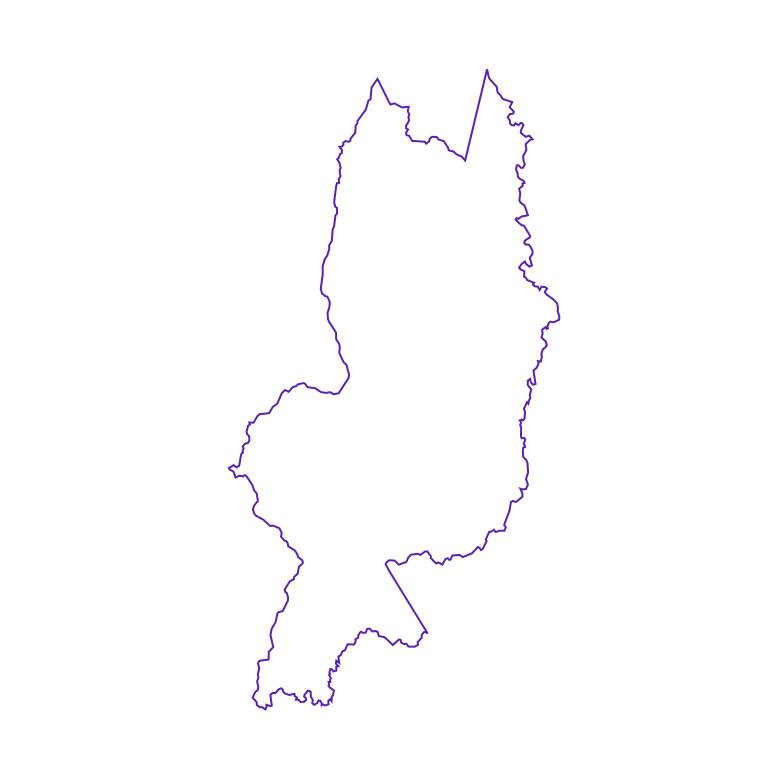 the district of Porangatu, Goiás, Brazil, rotated 346°
{"feature_id": "56859067B80111978571886", "entity_name": "Porangatu", "entity_type": "district", "adm_level": 2, "iso_a3": "BRA", "parent_name": "Brazil", "parent_adm1": "Goiás", "projection": "equal_earth", "projection_center": [-49.251, -13.28], "detail": "fine", "context": "isolated", "style": "outline", "palette": "violet", "viewbox_px": 768, "rotation_deg": 346, "n_neighbors": 0, "source": "geoboundaries", "source_scale": "gbopen_adm2", "svg_char_len": 6164}
<svg xmlns="http://www.w3.org/2000/svg" viewBox="0 0 768 768"><g transform="rotate(346 384 384)"><path d="M351.1,369.5L337.8,382.0L332.7,381.8L329.7,378.9L325.6,378.6L321.0,376.7L316.0,371.3L309.0,368.6L307.3,364.4L305.9,363.6L300.3,363.5L298.6,364.7L294.6,365.0L289.6,368.5L286.5,365.9L282.6,368.2L275.8,377.2L270.5,379.4L265.5,384.5L255.9,383.2L253.3,384.6L248.1,390.0L244.0,388.8L244.1,390.9L242.1,391.6L239.2,396.7L239.0,399.3L240.5,402.0L239.8,406.1L237.8,408.3L234.9,408.3L231.9,410.1L232.2,412.6L230.7,414.4L230.5,416.5L229.0,417.0L227.9,418.7L223.7,428.3L220.8,429.2L218.5,426.4L213.1,428.0L213.9,430.0L216.8,432.6L217.4,438.8L221.7,438.0L224.8,439.6L226.3,438.8L227.7,439.3L228.7,441.2L231.8,450.3L232.3,455.8L234.0,459.5L233.3,467.1L228.7,470.4L226.6,473.7L226.5,477.8L227.8,480.7L234.0,486.4L239.2,494.2L242.4,494.7L247.6,498.7L248.7,503.4L247.2,507.3L249.4,511.8L251.2,512.8L252.0,515.6L251.8,518.3L257.3,524.0L258.7,528.4L258.7,531.0L262.1,535.4L262.2,537.2L261.4,538.6L257.4,540.5L254.3,547.2L250.0,549.5L249.4,551.5L244.8,552.8L237.8,559.4L238.0,561.9L239.1,563.3L239.3,568.1L238.3,571.0L230.8,579.8L226.6,579.9L225.0,580.9L221.3,588.7L215.6,594.6L213.1,600.2L212.9,612.5L207.4,616.0L205.4,623.5L196.2,622.4L194.2,624.2L194.2,629.7L191.5,634.8L191.1,638.4L188.9,642.1L188.8,647.4L187.6,650.4L184.8,651.5L180.7,656.4L183.5,662.1L182.9,664.7L185.3,667.6L187.7,668.1L190.0,671.0L191.7,669.4L192.3,666.8L195.6,669.0L197.3,669.0L198.4,659.1L199.2,657.7L201.4,656.9L203.9,657.6L208.0,654.8L210.7,654.4L211.8,655.9L211.8,658.4L212.9,660.2L216.8,662.8L222.1,662.9L221.9,665.2L223.7,667.3L222.2,669.0L224.7,669.7L226.0,672.2L229.5,673.1L232.0,671.8L232.2,669.7L230.9,668.1L231.6,666.5L235.9,663.1L238.4,664.6L237.4,669.9L238.5,673.5L237.1,676.4L238.7,678.4L242.2,677.4L243.9,675.2L245.4,675.9L246.3,678.1L245.8,680.7L247.5,680.2L248.9,681.6L252.7,681.4L253.3,677.9L255.6,676.8L256.4,678.9L257.7,674.7L259.0,673.9L261.3,669.4L257.7,665.0L257.2,663.1L258.2,661.9L258.2,659.7L259.7,660.1L260.1,657.9L261.3,656.6L260.3,652.9L261.6,652.3L261.3,650.6L263.0,647.6L264.5,648.2L265.2,650.6L268.5,650.5L269.2,646.9L271.4,646.8L269.7,643.7L270.8,640.9L273.1,643.7L273.8,637.4L276.2,636.8L279.3,633.1L281.6,633.0L285.7,627.8L292.0,629.5L294.2,627.1L294.5,624.8L297.5,623.9L298.3,621.7L300.5,619.4L301.7,618.7L303.4,620.4L306.2,620.8L308.4,617.5L310.9,617.9L312.8,621.3L316.4,621.7L317.8,623.1L318.0,627.3L323.3,629.8L329.5,639.4L336.7,635.5L338.2,636.3L338.2,639.2L341.0,641.5L342.9,641.4L344.2,644.7L350.1,646.3L353.8,645.4L354.3,642.5L359.0,639.5L360.1,636.3L362.9,634.4L364.4,634.8L366.0,636.7L343.8,566.5L342.0,559.1L344.1,557.1L346.4,556.3L351.6,557.9L354.7,562.9L362.7,562.0L365.2,558.7L368.6,556.2L375.4,556.8L378.0,558.7L383.1,556.5L385.6,557.0L387.7,562.3L387.4,564.3L390.2,569.4L391.5,570.9L393.5,570.2L396.8,573.3L401.5,568.6L403.6,568.5L404.9,570.6L406.4,570.2L408.8,566.9L415.9,568.2L418.6,571.0L428.4,569.6L435.7,564.9L437.2,566.3L437.8,568.5L439.6,568.2L445.6,561.3L445.1,559.5L450.3,552.9L452.2,553.2L455.3,552.0L456.5,554.7L460.7,554.3L465.2,555.5L467.5,552.6L466.5,549.8L475.0,537.4L478.6,529.3L480.7,528.7L483.7,530.4L491.1,526.8L491.8,523.7L491.0,518.6L492.8,519.8L496.4,520.2L499.3,516.5L498.8,510.5L502.4,504.8L504.1,495.4L503.7,492.3L501.4,488.3L502.8,481.4L503.8,479.4L505.5,479.4L505.8,477.7L505.1,476.1L507.6,472.1L506.9,470.2L504.8,470.1L504.1,468.4L506.6,459.2L506.2,457.0L507.7,454.3L507.0,452.1L508.7,451.8L510.0,452.9L512.0,451.6L514.1,445.4L513.7,442.0L518.3,436.3L519.3,438.1L520.5,435.1L522.7,432.9L522.7,430.2L525.6,424.9L523.2,419.7L524.4,415.5L527.0,414.5L526.9,417.5L528.2,420.6L531.0,420.7L532.3,407.1L536.0,405.2L539.0,401.5L538.9,399.0L541.6,400.1L543.8,395.6L544.0,392.9L546.4,388.8L549.7,387.4L551.4,385.6L551.2,381.8L548.0,376.9L550.1,373.5L550.6,369.5L554.5,367.9L555.2,370.1L556.5,369.6L556.4,367.7L559.0,364.4L560.9,363.9L563.8,365.2L569.6,363.9L570.5,360.6L570.1,355.1L571.3,352.3L571.4,347.5L568.7,342.8L563.3,336.4L562.2,333.6L565.3,330.9L563.9,329.0L560.3,327.7L557.8,330.4L556.7,326.7L554.0,325.7L552.6,323.4L554.1,322.1L548.0,317.7L547.5,315.4L545.9,313.7L547.5,308.6L544.4,306.0L543.2,303.9L546.3,301.0L550.3,299.2L550.8,301.7L553.5,305.3L556.2,304.8L556.1,296.6L559.6,293.7L560.3,290.4L559.2,285.9L558.3,283.9L555.1,282.9L554.2,281.0L555.2,279.1L561.3,276.8L561.4,274.9L558.1,264.3L555.5,262.8L551.5,256.4L552.8,255.1L554.4,256.3L557.7,254.8L564.5,255.1L563.5,244.9L560.4,241.1L559.7,238.6L562.3,232.3L562.4,227.2L566.5,225.3L566.8,223.0L569.0,222.9L568.9,221.0L565.0,217.3L564.0,214.8L564.6,212.6L564.1,207.5L565.6,204.3L567.0,203.9L569.4,207.5L571.2,207.8L573.9,204.8L573.3,202.4L574.1,196.6L578.9,191.2L579.2,186.6L580.1,185.0L585.4,182.3L587.3,182.4L585.1,178.2L581.2,178.4L577.5,173.4L578.2,171.1L581.9,166.6L581.3,164.6L579.9,163.8L577.1,165.4L574.6,162.8L573.0,164.5L570.5,163.8L569.4,162.0L569.8,158.7L568.6,155.1L571.4,152.6L574.9,152.8L575.9,151.2L572.9,145.8L576.6,141.5L568.2,136.2L566.9,132.1L564.8,128.7L565.2,122.7L560.4,113.9L559.9,111.4L560.1,103.6L516.8,186.8L514.6,182.4L509.7,178.5L508.0,175.6L503.5,172.9L503.2,169.9L500.8,162.8L496.2,160.1L495.1,157.3L490.4,155.7L487.7,157.2L486.4,159.5L483.1,161.0L482.0,158.7L470.0,154.9L468.5,149.4L466.1,147.9L466.2,145.5L468.9,142.9L467.3,141.2L467.9,138.8L471.9,134.7L472.5,130.4L473.8,128.8L473.0,125.2L475.0,121.0L468.2,119.9L462.1,114.3L457.7,114.3L451.5,86.4L443.6,93.4L439.8,104.5L437.4,105.3L432.8,113.3L421.9,122.4L421.1,124.8L418.9,126.6L417.0,133.2L411.1,137.6L410.0,140.0L408.3,140.4L405.6,139.0L402.9,139.9L402.4,142.3L400.6,143.3L398.2,143.1L399.8,146.6L399.1,149.5L396.9,150.4L395.0,153.4L393.0,154.7L394.2,158.3L394.2,163.8L392.6,166.0L392.0,171.9L389.5,174.4L389.2,178.0L387.0,177.7L385.5,180.3L379.7,195.2L379.5,200.1L381.0,201.6L379.5,207.5L377.7,208.6L373.9,218.5L371.3,222.3L368.1,232.4L364.3,236.2L363.6,239.7L360.1,245.5L356.9,248.4L353.1,254.5L351.1,262.7L345.6,276.5L345.8,281.1L347.9,284.1L350.2,285.7L351.2,291.2L349.7,296.1L346.4,301.4L345.4,307.4L345.7,310.2L349.9,322.5L348.4,329.1L350.2,334.3L350.1,337.1L348.1,343.3L350.1,353.0L352.2,356.4L352.4,366.3L351.1,369.5Z" fill="none" stroke="#5b21b6" stroke-width="2"/></g></svg>